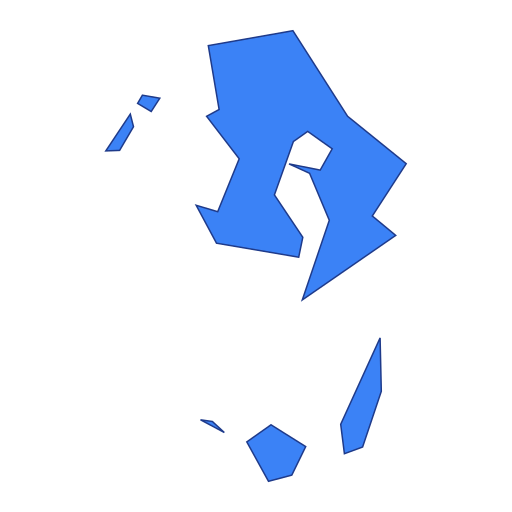 the border of Kagoshima
{"feature_id": "JPN-3501", "entity_name": "Kagoshima", "entity_type": "Prefecture", "adm_level": 1, "iso_a3": "JPN", "parent_name": "Japan", "parent_adm1": "", "projection": "robinson", "projection_center": [130.414, 30.803], "detail": "coarse", "context": "isolated", "style": "filled", "palette": "blue", "viewbox_px": 512, "rotation_deg": 0, "n_neighbors": 0, "source": "natural_earth", "source_scale": "10m", "svg_char_len": 732}
<svg xmlns="http://www.w3.org/2000/svg" viewBox="0 0 512 512"><path d="M406.2,163.7L372.3,216.0L395.7,235.4L302.3,299.9L329.3,220.3L309.6,173.3L289.0,163.9L320.2,170.1L332.2,148.8L307.7,131.4L293.4,141.5L274.4,194.9L302.8,237.3L298.7,257.2L216.5,243.2L196.2,205.3L217.7,211.7L239.2,158.8L206.6,116.3L219.1,109.5L208.3,45.6L292.9,30.7L347.6,116.3L406.2,163.7ZM305.7,446.6L291.8,475.1L268.5,481.3L246.8,441.9L271.0,424.8L305.7,446.6ZM380.1,337.9L381.3,391.3L362.6,447.0L344.4,453.7L340.7,424.3L380.1,337.9ZM130.3,114.1L133.5,126.7L119.6,150.4L105.8,150.9L130.3,114.1ZM159.8,98.2L151.2,111.5L137.6,103.4L142.4,95.2L159.8,98.2ZM212.4,421.5L224.3,432.5L200.5,419.8L212.4,421.5Z" fill="#3b82f6" stroke="#1e3a8a" stroke-width="1.5"/></svg>